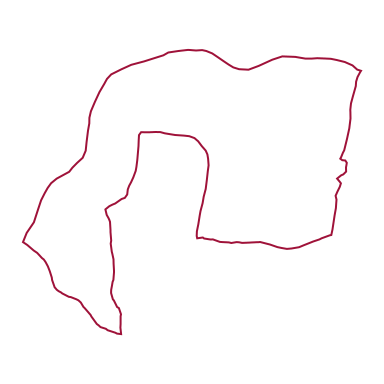 outline of Kpi, Grand Kru, Liberia
{"feature_id": "62588387B64851496201268", "entity_name": "Kpi", "entity_type": "district", "adm_level": 2, "iso_a3": "LBR", "parent_name": "Liberia", "parent_adm1": "Grand Kru", "projection": "natural_earth1", "projection_center": [-8.139, 4.966], "detail": "fine", "context": "isolated", "style": "outline", "palette": "rose", "viewbox_px": 384, "rotation_deg": 0, "n_neighbors": 0, "source": "geoboundaries", "source_scale": "gbopen_adm2", "svg_char_len": 2989}
<svg xmlns="http://www.w3.org/2000/svg" viewBox="0 0 384 384"><path d="M121.1,334.1L120.4,327.6L120.6,324.1L120.6,316.2L121.0,314.3L118.9,308.1L117.1,307.0L113.8,300.3L112.9,299.4L111.1,293.1L111.1,291.7L111.2,289.7L111.9,286.1L112.6,281.9L113.4,279.9L114.0,272.4L114.0,270.7L113.6,263.7L113.5,259.3L112.3,253.7L111.8,251.8L110.7,243.6L111.2,240.6L110.5,232.1L110.5,230.1L110.0,221.8L109.2,219.6L108.5,218.1L106.7,214.9L105.4,209.4L106.0,208.9L109.3,206.2L112.5,204.6L115.2,203.5L118.9,200.9L121.6,199.0L124.8,197.9L127.2,194.5L127.5,191.9L127.8,189.4L129.2,185.7L131.1,182.2L133.3,177.4L135.7,170.9L136.4,167.0L137.2,160.8L137.4,158.8L138.5,146.0L138.7,140.4L139.0,135.1L141.1,132.2L148.4,132.3L155.4,132.0L160.4,132.1L164.7,133.3L168.3,133.9L175.1,135.0L183.9,135.6L189.3,136.2L194.5,138.1L197.1,140.4L198.1,141.2L201.7,146.0L205.7,150.6L207.4,154.4L208.1,158.7L208.6,165.3L207.8,171.2L206.8,180.3L205.7,189.0L203.7,196.7L202.6,203.2L201.0,209.2L200.5,211.1L199.7,215.6L198.3,224.4L196.9,231.3L196.7,235.9L197.2,238.3L202.8,237.5L204.1,238.5L210.5,239.5L212.9,239.4L219.9,241.9L222.8,242.1L228.9,242.4L231.3,243.0L236.6,242.1L239.2,242.3L242.1,242.9L249.3,242.6L251.0,242.5L257.0,242.2L258.4,242.2L260.1,242.0L267.9,244.0L269.9,244.5L277.4,247.1L281.7,248.0L286.9,248.9L291.5,248.5L299.1,247.2L303.4,245.4L309.2,243.1L313.2,241.5L319.5,239.4L321.6,238.3L329.8,235.3L331.3,235.0L332.5,229.4L334.6,215.4L335.9,208.1L336.2,203.6L336.5,199.6L335.6,195.8L337.4,191.7L339.8,186.8L340.9,183.3L339.7,181.7L337.1,178.6L338.2,177.7L341.2,175.3L343.3,174.4L346.1,171.6L346.0,167.4L346.4,165.3L346.8,162.8L345.3,160.5L342.3,160.2L340.3,158.7L341.2,157.0L342.9,152.8L344.2,150.3L347.0,138.9L348.8,130.6L349.3,128.3L350.5,118.6L350.4,112.2L350.3,109.8L351.0,103.4L353.0,96.0L355.8,86.1L356.1,81.7L357.5,77.1L360.0,72.4L361.0,70.8L357.2,69.6L352.5,65.4L344.8,62.0L336.7,60.0L330.8,58.8L324.6,58.5L317.3,58.2L311.6,58.6L310.7,58.6L305.4,58.6L295.3,56.9L293.1,56.8L282.3,56.4L272.3,59.7L258.7,65.9L248.5,69.7L239.1,69.2L233.3,67.4L228.7,64.6L226.6,63.2L223.8,61.3L217.7,57.1L212.2,53.4L206.3,51.0L202.2,50.1L196.0,50.5L189.9,50.0L188.0,49.9L178.4,51.0L168.3,52.5L163.4,55.3L152.6,58.7L144.1,61.4L131.3,64.8L121.4,69.3L120.0,70.0L111.2,74.4L107.0,78.9L106.4,80.0L104.9,82.7L104.6,83.3L99.5,92.0L94.9,101.9L90.9,111.3L89.6,116.9L89.4,117.8L89.3,123.4L88.0,130.7L86.6,141.9L85.8,149.7L85.7,150.7L82.7,157.8L77.0,163.0L72.4,167.7L69.2,171.8L63.5,174.9L56.7,178.6L51.1,183.2L47.7,187.9L44.7,193.2L41.1,200.3L40.4,202.4L38.1,209.3L36.0,215.8L33.9,222.3L26.7,232.9L23.0,242.1L27.3,245.0L33.7,250.5L37.2,252.9L41.9,258.0L43.8,259.5L45.6,262.1L47.9,266.4L49.8,271.3L51.8,277.6L52.1,280.0L54.7,287.4L55.5,288.2L56.7,289.7L58.7,291.2L61.0,292.4L62.2,293.4L68.8,296.8L70.8,297.1L76.4,299.3L78.4,300.3L80.8,302.5L83.5,307.0L84.4,307.8L85.9,309.5L90.7,315.1L91.3,316.4L96.8,324.0L98.7,325.4L100.5,327.1L105.9,328.8L107.6,330.2L115.3,332.7L117.0,333.6L121.1,334.1Z" fill="none" stroke="#9f1239" stroke-width="2"/></svg>